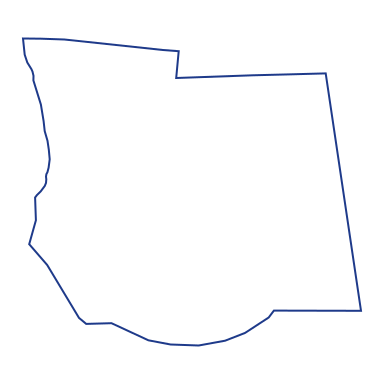 Stewart, Tennessee, United States of America (orthographic projection)
{"feature_id": "52423323B53848187527532", "entity_name": "Stewart", "entity_type": "district", "adm_level": 2, "iso_a3": "USA", "parent_name": "United States of America", "parent_adm1": "Tennessee", "projection": "orthographic", "projection_center": [-87.951, 36.503], "detail": "fine", "context": "isolated", "style": "outline", "palette": "blue", "viewbox_px": 384, "rotation_deg": 0, "n_neighbors": 0, "source": "geoboundaries", "source_scale": "gbopen_adm2", "svg_char_len": 633}
<svg xmlns="http://www.w3.org/2000/svg" viewBox="0 0 384 384"><path d="M325.7,73.4L288.3,74.4L252.6,75.3L176.2,78.0L178.7,51.2L162.9,50.0L64.4,39.5L41.2,38.7L23.0,38.5L24.7,54.7L27.3,62.5L31.4,69.1L32.5,71.6L33.5,75.8L33.4,80.4L40.9,104.6L43.6,121.1L44.7,131.1L47.5,140.8L48.8,149.6L49.7,159.3L48.6,167.7L47.4,172.3L46.4,174.1L46.0,176.6L46.3,179.4L46.0,182.9L44.8,185.9L40.7,191.4L37.0,195.0L35.1,197.5L35.9,220.3L29.2,244.2L47.2,265.0L79.0,317.9L86.2,323.9L111.5,323.2L148.4,340.3L170.6,344.5L198.7,345.5L225.1,340.7L245.1,332.9L268.7,317.5L273.9,310.6L361.0,310.8L325.7,73.4Z" fill="none" stroke="#1e3a8a" stroke-width="2"/></svg>